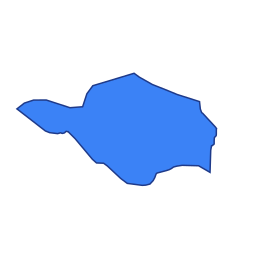 the border of Saint Andrew, rotated 319°
{"feature_id": "DMA-1432", "entity_name": "Saint Andrew", "entity_type": "Parish", "adm_level": 1, "iso_a3": "DMA", "parent_name": "Dominica", "parent_adm1": "", "projection": "natural_earth1", "projection_center": [-61.355, 15.539], "detail": "fine", "context": "isolated", "style": "filled", "palette": "blue", "viewbox_px": 256, "rotation_deg": 319, "n_neighbors": 0, "source": "natural_earth", "source_scale": "10m", "svg_char_len": 1129}
<svg xmlns="http://www.w3.org/2000/svg" viewBox="0 0 256 256"><g transform="rotate(319 128 128)"><path d="M56.7,40.7L66.1,41.2L75.1,45.0L84.7,53.3L97.5,74.6L107.7,82.2L119.4,75.2L129.2,73.0L168.5,90.7L169.9,97.0L174.9,111.1L182.7,126.2L187.1,135.0L199.3,155.0L195.0,161.2L193.7,164.7L194.0,166.0L194.6,184.8L194.4,186.6L194.1,186.7L193.6,187.2L190.7,190.5L189.9,191.3L189.4,191.6L189.0,191.7L188.6,191.8L187.4,191.8L187.1,191.9L186.8,192.0L184.8,194.0L183.4,195.6L182.8,196.3L182.2,196.7L181.9,196.7L181.4,196.5L181.1,196.5L180.5,196.7L180.3,196.7L180.1,196.6L179.7,196.4L179.4,196.2L175.8,199.1L160.8,215.3L156.5,202.8L144.4,191.7L139.8,188.8L136.7,187.3L134.3,187.1L131.8,186.5L129.0,185.3L120.7,181.2L119.8,181.0L118.9,181.2L115.7,183.0L112.5,184.2L107.8,184.7L104.0,182.8L101.2,180.7L91.1,169.3L89.4,161.4L87.5,143.1L86.5,138.6L81.3,133.7L80.6,128.3L81.1,101.4L80.4,91.4L80.0,91.2L79.4,90.2L79.2,90.0L78.9,89.9L78.7,89.9L78.4,89.9L78.1,89.9L77.8,90.0L77.0,90.0L76.6,89.9L75.2,89.2L74.9,89.0L74.6,88.6L74.2,87.8L74.0,87.4L71.2,86.1L65.8,80.1L63.7,76.0L56.7,40.7Z" fill="#3b82f6" stroke="#1e3a8a" stroke-width="1.5"/></g></svg>